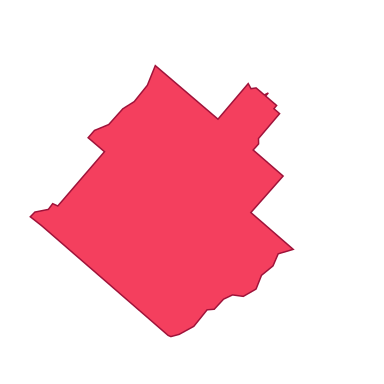 Pike, Alabama, United States of America (Equal Earth projection), rotated 41°
{"feature_id": "52423323B73218040263092", "entity_name": "Pike", "entity_type": "district", "adm_level": 2, "iso_a3": "USA", "parent_name": "United States of America", "parent_adm1": "Alabama", "projection": "equal_earth", "projection_center": [-85.928, 31.839], "detail": "fine", "context": "isolated", "style": "filled", "palette": "rose", "viewbox_px": 384, "rotation_deg": 41, "n_neighbors": 0, "source": "geoboundaries", "source_scale": "gbopen_adm2", "svg_char_len": 687}
<svg xmlns="http://www.w3.org/2000/svg" viewBox="0 0 384 384"><g transform="rotate(41 192 192)"><path d="M163.3,73.3L163.8,120.0L81.4,120.7L88.3,140.7L89.1,161.7L85.2,174.5L84.9,195.7L78.0,209.5L78.0,219.2L99.5,219.0L99.9,290.6L94.5,292.2L95.0,299.4L86.6,310.2L86.2,316.8L100.4,316.1L250.8,315.9L268.0,315.9L270.9,315.0L275.7,307.9L281.5,292.1L280.7,271.0L285.7,265.9L286.1,252.2L290.1,243.1L299.2,237.1L304.0,223.2L299.1,209.3L301.6,194.6L297.6,182.1L306.0,168.9L249.9,168.9L250.3,120.2L210.6,120.2L210.7,112.0L207.1,108.0L206.7,75.4L199.2,75.4L199.1,71.2L184.6,71.3L184.6,67.2L182.9,71.3L172.1,71.4L168.7,75.3L163.3,73.3Z" fill="#f43f5e" stroke="#9f1239" stroke-width="1.5"/></g></svg>